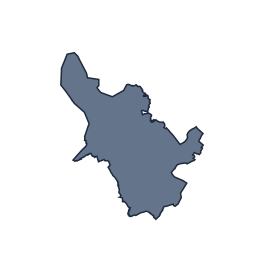 Rindal nor, Møre og Romsdal, Norway, rotated 152°
{"feature_id": "86288312B78124054872734", "entity_name": "Rindal nor", "entity_type": "district", "adm_level": 2, "iso_a3": "NOR", "parent_name": "Norway", "parent_adm1": "Møre og Romsdal", "projection": "mercator", "projection_center": [9.312, 63.003], "detail": "fine", "context": "isolated", "style": "filled", "palette": "slate", "viewbox_px": 256, "rotation_deg": 152, "n_neighbors": 0, "source": "geoboundaries", "source_scale": "gbopen_adm2", "svg_char_len": 5422}
<svg xmlns="http://www.w3.org/2000/svg" viewBox="0 0 256 256"><g transform="rotate(152 128 128)"><path d="M146.3,34.3L142.0,35.6L141.7,35.5L140.1,36.6L139.9,37.3L138.9,37.6L138.6,37.9L138.2,38.0L137.4,38.6L136.8,38.7L136.4,39.0L136.0,39.0L135.8,39.5L135.7,39.9L134.3,40.7L134.2,40.9L134.2,41.1L132.9,41.7L131.3,41.0L128.6,40.4L128.1,40.4L123.9,39.6L124.1,38.2L123.2,36.8L119.3,37.5L113.6,41.6L112.2,45.8L102.0,51.7L104.0,55.5L110.1,63.2L110.6,66.2L110.6,68.5L105.8,70.3L105.7,70.1L103.2,71.8L102.4,72.0L101.9,72.4L98.4,71.9L93.4,70.0L92.8,68.7L92.0,68.6L87.3,68.6L86.0,68.5L84.9,68.2L83.7,68.7L84.7,70.7L83.3,71.2L82.7,71.2L82.7,71.5L82.5,72.0L82.5,72.4L82.6,73.0L83.4,73.5L83.6,73.8L80.9,75.1L80.3,74.2L79.9,73.8L79.4,72.8L78.1,72.0L77.5,71.1L75.8,71.7L75.2,72.3L75.0,73.1L74.6,73.5L71.7,75.3L72.1,76.1L72.4,76.4L69.6,77.6L71.7,83.1L71.3,83.6L70.2,84.3L69.4,84.6L67.0,86.6L64.4,87.9L67.0,95.1L67.2,97.1L68.8,96.8L72.6,96.9L73.6,96.7L75.5,96.5L77.5,95.5L79.1,94.1L79.5,92.7L79.6,92.1L80.7,91.0L82.1,90.1L83.5,89.5L86.4,89.0L89.4,89.2L89.8,89.1L91.4,99.0L92.1,102.4L92.6,103.9L93.1,106.6L93.9,109.4L94.0,110.0L95.1,109.8L95.2,110.3L95.3,110.4L95.7,110.9L96.0,111.7L95.1,112.0L94.8,112.2L94.2,113.2L93.9,114.0L93.8,114.7L93.8,115.0L94.1,115.9L94.0,116.6L94.7,116.9L95.2,116.9L95.4,117.0L95.6,117.3L97.7,118.8L98.7,120.3L99.5,121.7L99.5,121.9L99.5,122.1L102.9,121.6L104.6,122.1L104.4,122.8L102.9,122.4L100.9,122.8L101.2,123.2L102.7,123.0L103.0,123.1L103.2,123.3L103.9,123.1L104.1,123.2L104.1,123.5L104.6,123.9L104.2,124.0L104.0,124.9L103.7,125.1L103.8,125.5L103.5,125.8L103.5,126.1L103.4,126.3L103.2,126.5L103.0,127.0L102.0,127.3L101.6,127.6L101.2,128.4L101.2,128.7L101.4,129.3L101.8,129.9L102.7,130.9L102.9,131.2L102.8,131.5L104.0,131.7L106.8,132.8L108.9,132.8L108.1,136.8L106.8,136.6L106.3,136.4L106.3,136.2L106.2,136.0L105.6,135.5L105.5,135.2L105.3,135.0L105.0,134.7L104.6,134.7L104.0,134.1L103.9,134.0L103.7,133.4L103.3,133.0L103.1,132.8L103.0,133.1L102.5,133.6L102.2,134.2L101.8,134.7L101.4,134.9L101.0,135.6L100.6,136.1L99.4,136.4L99.3,136.7L99.3,137.1L99.3,137.6L99.2,137.8L99.3,138.0L99.1,138.2L98.4,138.5L98.0,138.9L97.6,139.2L96.8,139.4L96.7,139.8L96.5,140.2L96.7,140.9L96.3,141.1L96.4,141.3L96.3,141.6L95.8,141.9L95.3,142.6L95.2,142.7L95.3,142.8L96.0,143.7L96.0,143.8L96.0,144.2L96.3,144.6L96.3,145.0L95.9,145.4L95.5,146.0L95.5,146.8L95.8,147.3L98.7,148.2L99.4,148.6L98.7,149.7L97.5,149.0L96.1,148.5L96.6,149.2L96.7,149.5L96.7,149.8L96.4,150.1L96.4,150.3L96.7,150.8L97.2,151.1L97.4,151.7L98.0,152.9L98.2,153.6L98.1,153.8L97.7,153.9L97.4,154.2L97.4,154.4L97.5,154.7L97.2,155.1L97.3,155.9L97.5,156.3L97.5,156.7L97.7,157.3L97.7,157.8L97.7,158.2L97.6,158.6L97.7,158.8L98.2,159.3L98.7,159.4L99.9,160.1L100.1,160.5L99.9,160.8L100.1,161.0L100.2,161.5L100.4,161.9L100.4,162.1L100.5,162.3L101.1,162.4L102.9,162.3L103.1,162.4L103.9,163.3L104.3,163.4L104.7,163.2L105.8,164.8L107.0,166.2L108.2,166.8L108.9,166.8L114.2,163.2L127.1,162.9L135.4,172.1L136.4,177.2L136.3,178.3L133.9,179.1L131.0,184.6L140.2,191.4L138.9,195.9L138.8,210.5L138.6,214.9L140.1,219.7L147.1,221.7L158.6,212.0L167.1,197.5L165.6,189.0L164.3,178.8L164.5,178.8L164.1,176.9L163.9,175.1L159.1,162.3L160.3,150.2L170.4,140.7L170.7,139.4L171.4,138.6L171.8,137.8L172.1,137.5L171.8,136.9L171.0,136.6L171.2,136.0L172.2,134.6L171.7,133.7L172.7,132.3L174.4,131.4L176.2,131.0L179.5,130.0L191.6,125.5L191.1,124.9L190.9,124.2L190.5,123.6L190.3,123.6L190.2,123.8L189.9,123.8L189.1,123.2L188.9,123.3L188.3,122.8L187.6,122.9L186.0,122.8L185.6,122.6L184.9,122.8L184.2,122.6L184.3,123.0L184.4,123.3L180.8,123.1L176.5,123.7L176.3,123.0L175.3,123.1L174.3,123.6L174.0,123.5L173.9,123.1L172.8,123.1L172.6,122.8L172.8,121.8L172.7,120.0L172.2,119.5L171.7,119.4L171.3,117.7L171.0,117.7L171.2,118.5L168.8,117.6L169.9,112.0L169.6,111.9L169.0,111.9L168.2,112.0L167.4,111.7L163.9,111.4L163.9,111.0L163.7,109.8L161.7,108.9L160.7,107.8L161.1,105.2L161.0,103.7L164.0,102.7L163.9,102.0L163.9,100.7L163.7,99.4L163.9,97.1L163.9,96.0L163.6,95.2L163.7,94.0L163.7,93.5L163.6,93.0L163.5,92.5L162.9,91.1L162.7,90.3L162.6,89.1L162.3,86.1L162.2,85.2L162.5,85.2L162.9,83.9L163.1,82.1L163.8,82.3L164.1,80.0L164.7,77.5L166.4,75.2L166.0,73.5L165.9,71.8L166.3,71.6L167.2,70.7L167.8,70.8L166.6,69.7L166.2,69.2L165.9,68.7L166.6,66.9L167.3,65.9L167.3,65.4L167.0,65.3L166.9,65.1L166.0,65.3L165.8,64.5L165.1,63.0L165.0,61.7L164.8,59.8L164.9,59.3L164.8,58.4L164.7,58.0L164.2,57.6L164.3,57.3L164.1,57.1L164.1,56.9L163.9,56.7L164.1,56.7L163.9,56.6L164.2,56.4L163.9,56.3L164.1,56.1L164.4,56.2L164.5,55.9L164.5,55.7L164.7,55.8L164.8,55.6L165.3,55.4L165.3,55.2L165.6,55.2L165.8,55.1L165.7,54.9L165.9,54.9L166.1,54.8L166.5,54.4L166.5,54.1L166.7,53.9L166.8,53.8L166.9,53.5L166.8,53.4L167.6,53.3L167.7,53.2L167.9,52.9L168.0,52.5L168.3,52.3L168.3,52.2L168.4,51.9L168.1,51.9L168.0,51.7L168.1,51.4L167.8,51.2L168.0,51.0L167.9,50.9L168.3,50.7L168.2,50.5L168.0,50.3L168.1,50.2L168.0,49.8L168.2,49.5L168.0,49.4L167.9,49.3L168.0,49.2L167.9,49.1L168.0,49.0L168.1,48.7L168.0,48.9L165.9,48.5L165.9,48.3L164.6,48.4L163.1,48.1L162.1,47.1L156.7,47.2L154.9,46.7L150.9,45.9L149.8,45.0L148.8,43.3L148.8,43.1L148.6,43.0L148.6,42.8L148.4,42.7L148.5,42.5L148.6,42.4L148.6,42.1L147.9,41.1L147.4,39.7L147.1,39.5L147.1,39.3L147.0,39.2L147.0,38.8L146.6,38.5L146.9,38.1L146.9,37.9L147.0,37.6L147.0,37.2L147.2,36.9L147.0,36.7L146.9,36.2L146.5,35.5L146.5,35.4L146.4,34.6L146.3,34.3Z" fill="#64748b" stroke="#1e293b" stroke-width="1.5"/></g></svg>